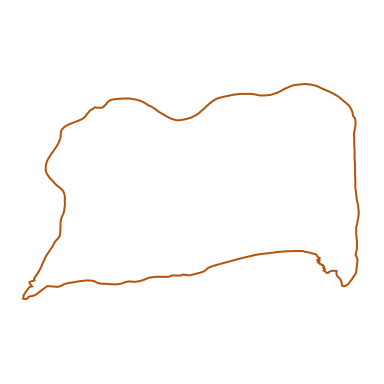 Prek Prasab, Krâchéh, Cambodia, rotated 271°
{"feature_id": "14789045B57642852254246", "entity_name": "Prek Prasab", "entity_type": "district", "adm_level": 2, "iso_a3": "KHM", "parent_name": "Cambodia", "parent_adm1": "Krâchéh", "projection": "robinson", "projection_center": [105.824, 12.492], "detail": "fine", "context": "isolated", "style": "outline", "palette": "amber", "viewbox_px": 384, "rotation_deg": 271, "n_neighbors": 0, "source": "geoboundaries", "source_scale": "gbopen_adm2", "svg_char_len": 5905}
<svg xmlns="http://www.w3.org/2000/svg" viewBox="0 0 384 384"><g transform="rotate(271 192 192)"><path d="M100.7,344.0L100.5,346.0L100.8,347.0L102.9,350.0L106.2,352.3L106.8,353.0L109.7,354.6L111.7,356.1L113.0,356.9L116.2,357.8L117.3,357.7L120.2,358.0L122.8,358.4L127.1,358.6L128.9,358.3L131.9,356.6L133.7,357.1L134.8,357.2L136.1,357.5L137.7,357.8L139.4,357.9L142.6,357.8L145.6,357.8L149.8,357.2L152.8,357.0L154.0,356.9L156.8,356.9L159.2,356.8L160.0,356.8L161.0,357.2L163.5,357.8L165.8,358.0L167.2,358.2L168.8,358.6L170.0,358.8L171.9,359.0L174.4,359.1L179.7,358.5L183.0,357.9L185.6,357.3L190.6,356.4L193.6,356.1L199.3,355.2L200.8,355.2L201.7,355.2L204.6,355.1L207.8,355.0L211.8,354.8L222.3,354.5L225.9,354.2L230.1,353.9L234.3,353.9L238.0,353.7L242.0,353.4L247.5,353.3L251.5,353.0L253.8,352.9L255.5,353.4L262.1,354.3L264.1,354.3L267.7,354.0L269.1,353.2L270.6,351.9L272.1,351.4L273.2,351.4L275.6,350.6L277.0,350.0L278.6,349.2L280.2,348.1L281.3,347.1L283.8,344.4L284.7,343.2L289.0,337.9L290.0,336.6L291.0,334.9L291.8,333.4L292.8,331.7L295.2,326.5L297.4,320.9L299.9,315.5L300.1,314.7L300.5,313.5L300.8,312.2L301.5,308.6L302.0,303.1L301.8,301.9L301.4,297.5L300.7,292.7L300.5,291.7L300.0,290.1L299.2,288.2L297.8,285.2L297.3,283.9L295.1,279.9L294.2,278.4L293.4,276.9L292.7,275.5L291.3,271.3L290.5,269.0L290.2,266.7L289.9,263.9L289.7,260.9L289.7,258.5L290.0,256.4L290.6,253.8L290.9,251.6L291.2,246.9L291.0,244.4L291.1,242.0L290.9,238.6L290.1,232.2L289.4,229.2L288.0,222.9L286.7,218.0L285.8,215.4L283.9,212.0L281.5,208.9L280.0,207.1L273.9,200.8L272.8,199.4L272.0,198.6L271.5,198.2L270.7,197.2L269.8,195.9L268.9,194.5L266.7,190.4L266.0,188.6L265.3,186.3L264.9,184.8L264.7,184.3L264.5,183.5L263.9,180.4L263.5,178.0L263.4,176.4L263.6,174.8L264.6,170.8L266.3,166.9L267.3,165.0L268.5,163.0L270.7,158.9L272.0,156.8L272.9,155.6L273.8,154.3L275.3,152.2L276.9,149.3L278.1,146.5L280.4,142.9L282.2,138.9L283.1,135.7L283.6,133.4L284.4,127.9L284.3,124.9L284.3,121.8L284.0,118.8L283.7,115.1L283.3,112.2L282.8,110.1L282.2,108.5L281.0,106.7L278.7,104.9L276.8,103.2L275.4,101.6L274.8,100.8L274.6,100.0L274.7,99.2L274.6,96.4L274.6,95.2L275.0,93.4L273.9,92.0L272.9,90.6L272.3,89.3L272.0,88.9L269.6,86.9L268.1,85.7L266.9,84.8L265.6,84.1L263.8,82.0L262.7,80.3L261.8,78.3L257.6,68.0L256.5,65.8L255.2,63.8L253.6,62.1L252.2,60.8L250.6,60.0L248.5,59.8L245.0,59.7L243.5,59.4L241.7,58.9L237.5,57.1L235.8,56.2L232.2,53.7L230.8,52.9L229.7,52.2L228.8,51.4L227.2,50.4L225.9,49.7L223.5,48.1L221.6,47.1L219.8,46.4L216.2,45.4L214.6,45.3L213.0,45.3L211.8,45.4L210.5,45.5L209.0,46.0L207.4,46.8L204.5,48.8L203.1,50.0L200.3,52.8L198.8,54.1L197.4,55.5L196.2,56.9L195.3,58.1L194.4,59.4L193.3,60.5L192.3,61.7L191.1,62.8L190.3,63.4L187.3,64.5L186.1,64.8L183.8,65.0L182.1,65.0L181.0,64.9L177.7,65.2L176.2,65.1L170.4,64.4L168.2,63.8L165.7,62.7L163.7,61.9L160.3,61.2L159.0,61.1L153.5,61.1L150.3,61.0L147.7,60.8L146.6,60.7L145.0,60.0L143.7,59.3L142.4,58.0L140.4,56.3L138.5,55.1L136.3,54.1L134.5,53.1L130.7,50.6L127.2,48.3L125.7,47.4L123.4,46.2L121.4,45.5L119.7,44.7L117.8,43.8L116.5,43.2L116.1,43.2L115.8,43.1L114.1,42.2L112.8,41.8L110.9,40.8L109.7,40.0L108.3,39.3L106.5,38.1L105.4,37.2L104.0,36.6L102.6,35.6L102.0,35.7L101.0,36.1L100.7,35.6L100.2,34.2L99.9,33.0L99.4,31.6L99.0,31.0L98.3,31.1L97.5,31.5L94.8,33.7L94.3,31.5L93.7,30.6L92.8,30.1L90.3,28.3L89.3,27.7L87.1,26.3L86.0,25.6L85.2,25.3L83.8,25.3L82.5,24.9L82.0,27.8L82.1,28.5L82.8,29.2L84.0,30.1L84.4,30.7L84.6,31.1L84.7,31.6L84.8,32.1L85.0,32.8L85.3,34.2L85.6,35.5L86.0,36.5L86.8,37.8L87.6,39.1L89.1,40.7L89.4,41.1L89.8,41.8L90.3,42.2L90.7,42.8L91.2,43.5L91.8,44.3L92.2,44.7L93.5,46.5L93.9,47.0L94.9,48.3L95.2,48.7L95.4,49.2L95.3,49.6L95.3,52.5L95.1,53.3L95.0,56.1L94.8,58.4L95.0,60.1L95.8,62.6L97.2,65.0L97.8,66.1L98.3,68.4L98.9,70.0L99.1,71.8L99.3,73.2L99.6,74.5L99.7,75.7L100.3,78.2L100.5,79.2L101.7,87.7L101.7,90.6L101.8,91.4L101.5,93.9L101.1,95.9L100.9,96.3L100.8,96.7L100.3,97.4L99.9,98.1L99.3,99.5L99.0,101.0L98.9,102.5L98.7,103.2L98.6,103.8L98.7,104.4L98.7,106.9L98.7,107.8L98.6,109.4L98.4,110.9L98.4,112.6L98.3,116.1L98.3,117.9L98.5,118.6L98.6,119.9L98.9,121.5L99.3,123.5L99.7,124.5L100.1,125.4L100.4,126.0L100.7,126.7L101.2,128.7L101.4,130.0L101.5,131.3L101.4,132.7L101.2,135.4L101.2,136.1L101.4,137.8L101.8,140.4L102.4,142.7L103.9,146.7L104.9,149.0L105.8,151.6L105.8,152.6L106.1,153.5L106.2,154.7L106.4,156.3L106.6,157.7L106.7,158.9L106.6,161.4L106.7,163.2L106.7,165.4L106.6,166.3L106.7,168.4L106.8,169.7L106.9,170.6L107.8,172.2L108.2,174.1L108.3,174.5L108.3,176.0L108.2,179.9L108.4,182.3L109.1,184.4L109.3,184.7L109.3,185.5L108.8,188.3L108.8,189.8L108.7,191.4L109.1,193.1L110.8,199.0L111.2,200.6L112.4,204.3L112.7,205.0L113.2,205.7L114.1,207.0L115.7,208.6L116.3,209.4L117.2,211.3L117.8,212.8L118.6,215.0L120.2,220.2L124.8,236.2L125.5,238.4L126.1,240.5L126.9,243.6L128.6,250.3L129.4,253.4L130.1,256.2L130.8,259.6L131.4,263.4L131.8,266.9L131.9,267.4L132.9,274.8L133.2,276.4L133.5,279.0L133.8,281.0L134.1,284.8L134.3,286.9L134.9,298.1L134.9,303.3L133.8,308.4L133.7,309.2L133.5,310.3L132.6,313.7L132.2,315.8L132.0,316.5L131.6,317.4L131.1,317.8L130.6,317.8L128.9,319.1L128.6,320.1L128.3,320.7L127.8,320.3L127.4,320.1L126.5,320.7L126.3,320.3L126.2,319.5L125.8,320.1L125.4,319.8L125.4,319.2L125.8,318.8L125.2,318.6L124.7,318.7L124.5,319.0L124.5,319.6L124.4,320.1L123.9,319.6L123.6,319.5L123.0,320.4L122.7,320.7L122.6,321.0L122.2,321.3L122.2,321.8L122.1,322.3L121.9,322.6L121.2,323.0L121.4,323.5L121.2,324.1L119.9,324.9L119.8,325.3L119.2,325.2L118.8,325.0L118.5,324.6L118.2,325.0L118.1,325.5L117.6,325.8L117.4,326.2L117.0,326.1L116.6,325.9L116.4,325.3L115.8,325.0L115.4,325.8L115.3,326.3L114.4,326.9L114.0,327.6L113.5,328.1L113.4,328.9L113.4,329.4L113.7,329.8L114.3,330.2L115.0,331.4L115.3,332.2L115.6,333.0L115.6,334.5L115.7,335.9L115.7,336.8L115.6,337.9L112.5,337.8L110.3,338.8L108.8,340.3L107.6,341.7L105.2,342.7L103.4,343.3L100.7,344.0Z" fill="none" stroke="#b45309" stroke-width="2"/></g></svg>